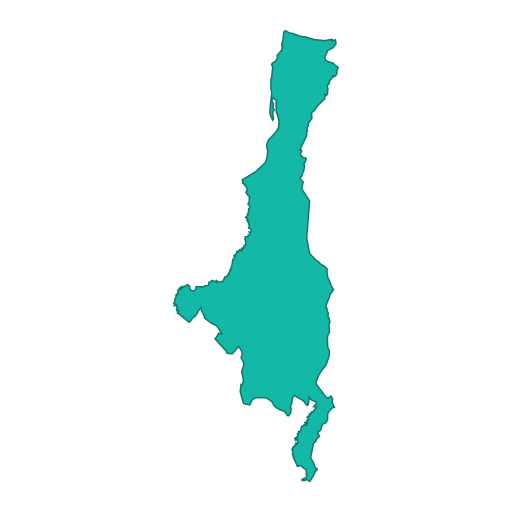 outline of Santa Catalina, Bolívar, Colombia
{"feature_id": "7082276B95820075707853", "entity_name": "Santa Catalina", "entity_type": "district", "adm_level": 2, "iso_a3": "COL", "parent_name": "Colombia", "parent_adm1": "Bolívar", "projection": "natural_earth1", "projection_center": [-75.268, 10.653], "detail": "fine", "context": "isolated", "style": "filled", "palette": "teal", "viewbox_px": 512, "rotation_deg": 0, "n_neighbors": 0, "source": "geoboundaries", "source_scale": "gbopen_adm2", "svg_char_len": 6066}
<svg xmlns="http://www.w3.org/2000/svg" viewBox="0 0 512 512"><path d="M309.6,201.1L301.6,188.6L303.2,181.9L300.9,179.9L300.1,178.4L301.8,176.1L302.0,174.5L303.6,171.2L304.6,166.1L303.8,163.9L305.5,161.3L306.2,159.2L305.6,157.8L303.1,158.1L302.3,156.3L300.8,155.8L300.3,153.6L301.7,151.3L301.3,149.9L299.8,149.7L306.5,136.2L306.8,134.2L306.3,133.2L307.5,130.8L306.7,129.3L308.4,125.4L308.3,123.5L312.0,118.0L311.5,112.9L314.4,110.4L318.6,104.6L324.7,98.9L325.2,95.6L324.8,94.5L326.5,95.4L327.6,93.9L327.5,90.5L328.0,89.2L327.3,86.1L327.9,84.7L329.4,83.5L329.2,81.7L332.2,77.6L332.9,77.3L332.9,76.5L333.5,76.8L333.8,75.8L335.2,76.1L336.4,74.7L336.9,73.0L336.9,70.7L338.3,67.5L335.0,65.2L333.2,63.1L327.6,61.5L325.8,60.2L324.7,58.5L325.3,55.4L326.9,52.9L327.1,50.9L332.8,47.8L336.0,43.8L335.6,40.5L335.1,40.4L335.1,39.8L332.4,41.0L332.1,39.3L324.6,40.6L314.4,39.6L304.5,36.7L301.3,36.6L292.7,33.5L289.4,33.0L285.6,30.7L283.9,31.9L282.9,40.2L281.6,44.5L282.0,46.4L282.7,46.7L282.3,48.3L281.9,48.2L281.6,51.1L280.9,50.9L279.3,53.1L277.2,55.1L277.4,57.9L276.3,60.3L274.3,62.0L272.9,62.6L271.6,64.3L272.7,67.3L271.8,76.5L270.9,79.9L271.0,88.9L271.8,92.8L270.5,103.4L269.9,111.6L270.2,114.6L272.7,120.3L273.5,119.3L273.5,117.4L272.9,115.8L272.9,111.5L274.3,110.0L273.1,107.9L273.0,106.2L273.6,104.8L273.4,103.3L272.1,102.0L272.1,98.5L273.0,97.9L275.9,100.2L276.5,102.0L276.0,103.0L276.4,104.5L275.9,106.0L276.3,109.8L276.1,111.0L276.7,113.3L277.6,114.9L279.1,121.8L278.4,127.8L275.7,132.3L268.6,139.9L267.1,143.3L266.6,146.1L267.7,150.9L267.1,156.8L265.9,161.3L264.8,163.2L255.7,171.7L242.2,179.9L243.2,182.7L242.6,183.2L243.0,183.6L243.4,183.3L246.8,187.8L247.1,191.0L246.2,191.5L246.0,193.0L247.3,194.0L247.6,195.1L249.2,196.2L249.2,197.7L249.4,196.9L250.0,197.5L249.2,198.8L249.3,201.3L248.0,203.7L248.2,204.4L249.3,205.3L249.7,206.8L249.6,207.7L248.6,208.7L248.5,212.6L247.4,213.8L248.0,215.1L245.5,217.4L246.6,218.3L247.4,218.0L247.6,219.1L246.8,220.4L248.6,221.3L247.9,222.3L248.9,223.1L248.8,224.6L249.5,225.6L248.5,228.1L250.8,228.9L251.2,230.4L250.6,232.1L249.1,232.1L250.2,233.5L249.7,234.5L248.2,234.9L248.0,236.7L245.3,236.8L244.9,239.2L245.6,241.0L245.6,244.9L244.7,245.2L244.6,246.0L243.9,246.1L243.4,248.2L243.0,248.7L242.6,248.0L241.6,248.3L241.8,250.7L241.1,249.8L239.3,249.9L238.5,251.7L238.1,251.3L237.6,252.0L236.8,251.5L236.2,253.8L235.1,255.0L234.1,255.2L234.0,256.1L234.6,256.3L234.9,257.1L232.9,259.4L231.9,265.7L231.3,266.8L231.5,268.1L230.3,269.3L230.9,270.2L229.8,270.9L228.8,273.0L228.8,274.6L228.4,274.8L228.2,274.3L226.7,276.5L224.8,277.0L223.6,279.7L223.6,281.1L218.8,282.2L217.8,281.8L216.9,280.6L216.4,282.4L215.4,281.2L215.0,281.6L211.7,280.3L210.4,282.3L209.0,282.2L208.5,285.3L206.2,285.9L204.8,285.8L204.4,286.4L202.5,287.0L201.7,286.6L201.4,287.3L200.2,286.7L196.2,286.6L195.9,287.0L196.0,289.0L193.8,291.1L191.2,290.5L189.7,288.1L189.6,286.2L187.5,284.5L185.6,286.1L183.9,286.4L183.8,287.2L183.3,287.1L182.4,287.7L181.7,287.6L182.1,286.8L181.6,286.3L180.9,287.2L181.2,288.6L180.9,289.5L180.5,289.4L180.0,288.2L179.3,288.1L178.7,289.8L177.7,290.2L178.2,291.6L177.3,293.2L177.9,294.6L176.0,294.9L176.3,295.5L175.8,297.7L174.9,298.8L175.1,300.7L173.7,303.5L174.8,303.8L174.3,305.8L176.4,305.1L176.8,306.6L177.7,307.5L176.9,308.1L176.5,310.1L176.7,310.6L178.1,310.2L178.6,311.1L178.5,311.6L177.6,312.2L177.5,313.5L179.1,313.6L179.5,314.4L189.0,322.2L190.7,320.8L192.2,318.5L195.4,315.9L197.2,313.5L198.1,311.2L200.9,307.7L201.8,311.2L204.3,316.3L204.7,318.2L211.2,323.1L216.7,325.8L219.5,329.9L221.8,334.0L218.7,333.2L216.6,337.0L215.0,338.8L226.0,350.9L227.0,353.2L231.8,353.8L232.7,353.5L238.7,346.3L241.5,350.9L242.2,353.1L241.9,355.8L241.2,356.8L241.2,358.2L244.3,363.9L243.8,364.2L243.2,367.7L242.5,368.2L241.7,372.0L243.5,380.7L241.9,385.1L241.0,384.6L240.2,391.4L242.9,401.8L243.9,403.7L249.7,404.9L252.3,399.8L254.2,398.3L255.8,397.7L266.1,397.7L271.2,401.0L272.5,402.4L273.8,405.2L277.0,408.2L282.1,410.6L284.1,411.1L286.5,414.0L287.2,415.5L288.9,415.8L290.8,412.5L291.1,408.8L290.5,406.1L291.8,403.3L292.1,399.8L292.8,397.5L294.0,395.5L303.2,400.6L307.1,405.5L308.1,404.5L308.7,402.4L308.5,401.0L309.3,398.9L309.1,397.2L311.6,400.0L316.7,402.3L316.6,403.2L313.6,406.7L316.7,407.1L315.9,408.6L314.8,409.2L313.2,412.0L312.2,411.7L311.0,412.7L311.0,413.8L309.4,413.8L309.4,416.1L307.5,416.4L307.2,417.6L308.6,419.7L306.9,420.5L307.4,423.1L306.6,423.2L305.9,422.2L304.7,422.7L306.2,424.4L304.5,424.9L305.5,425.4L303.1,425.5L301.7,426.5L301.1,427.7L301.1,429.2L300.0,431.4L299.2,432.0L298.5,431.6L298.2,434.1L297.4,434.1L298.0,435.7L297.8,436.2L294.8,438.4L294.8,439.0L296.0,439.4L295.6,440.2L296.7,440.0L297.1,438.9L297.6,439.4L297.4,440.3L297.9,441.9L297.5,442.8L297.5,443.8L296.9,444.2L297.0,443.5L296.3,443.1L296.6,444.0L295.5,444.0L294.3,446.4L293.2,446.7L293.1,447.1L293.7,447.2L293.4,448.0L292.5,448.3L291.9,449.8L292.8,450.5L292.5,454.2L293.0,454.5L292.9,455.6L293.7,456.6L293.3,456.7L293.5,457.5L295.8,462.7L297.2,464.8L296.8,465.3L297.4,466.3L301.1,465.5L302.9,467.5L306.0,469.8L306.5,472.5L306.0,473.6L307.1,475.5L306.9,476.2L305.3,478.2L303.5,478.6L301.9,479.7L302.0,480.4L305.0,480.5L306.7,479.5L309.6,481.3L310.1,481.1L314.1,474.5L315.0,471.6L317.0,470.2L317.1,468.6L315.8,468.2L315.0,467.3L313.3,462.3L310.6,457.8L313.5,443.3L316.1,441.1L315.8,440.5L317.6,437.8L319.5,436.6L317.6,432.3L320.5,430.4L322.5,424.3L325.7,422.8L327.0,420.9L327.7,418.6L327.6,415.5L328.0,413.0L330.8,409.2L333.1,407.5L334.4,407.4L332.1,402.3L332.6,399.4L331.7,397.0L330.8,396.1L330.0,397.4L328.2,397.5L327.5,398.0L326.5,397.8L316.5,384.5L316.0,381.8L318.8,375.0L321.9,370.2L326.0,365.0L328.5,358.1L329.3,354.7L329.4,351.3L327.7,347.2L327.4,337.3L328.2,334.3L329.4,332.4L329.4,328.0L328.8,325.4L329.9,321.8L328.9,317.8L328.0,316.5L328.2,312.6L326.7,310.2L327.2,308.9L325.9,307.3L326.4,304.4L329.4,297.0L330.2,293.9L331.2,293.1L333.5,289.3L331.0,285.6L329.7,281.2L328.0,278.0L327.1,273.5L327.0,268.7L324.7,266.5L320.7,264.1L318.3,261.6L316.1,260.3L309.6,253.5L306.7,237.9L309.6,201.1Z" fill="#14b8a6" stroke="#0f766e" stroke-width="1.5"/></svg>